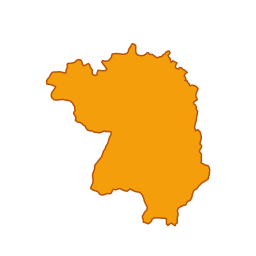 outline of Carrancas, Minas Gerais, Brazil, rotated 287°
{"feature_id": "56859067B6726149469872", "entity_name": "Carrancas", "entity_type": "district", "adm_level": 2, "iso_a3": "BRA", "parent_name": "Brazil", "parent_adm1": "Minas Gerais", "projection": "robinson", "projection_center": [-44.612, -21.476], "detail": "fine", "context": "isolated", "style": "filled", "palette": "amber", "viewbox_px": 256, "rotation_deg": 287, "n_neighbors": 0, "source": "geoboundaries", "source_scale": "gbopen_adm2", "svg_char_len": 4352}
<svg xmlns="http://www.w3.org/2000/svg" viewBox="0 0 256 256"><g transform="rotate(287 128 128)"><path d="M194.1,91.3L192.1,91.3L190.7,91.4L189.3,90.9L187.9,90.3L186.2,89.1L185.2,86.6L185.0,84.0L183.5,83.6L181.9,85.4L180.6,87.3L179.3,89.3L177.9,90.6L176.3,89.5L175.4,87.1L174.9,84.9L174.4,82.5L171.9,82.3L169.8,82.8L168.5,80.9L168.9,78.6L170.2,77.7L171.6,77.3L173.0,77.0L174.3,75.1L175.7,73.7L177.2,72.9L178.0,71.3L176.9,69.9L175.8,69.1L174.6,67.4L175.8,65.6L177.6,64.8L179.2,63.1L179.0,60.8L178.0,59.3L176.1,58.4L174.9,57.3L173.8,55.7L172.9,53.5L172.0,51.4L170.4,51.3L168.9,52.2L167.1,52.1L165.0,51.8L163.0,52.5L162.0,51.5L162.1,49.9L162.0,48.1L161.8,46.3L161.0,44.2L160.2,41.9L159.5,39.8L157.8,38.7L156.2,38.2L154.5,38.2L153.1,37.6L151.4,36.9L149.5,36.4L147.8,36.8L146.3,37.6L146.6,39.3L146.9,40.9L146.8,44.2L146.2,46.7L144.7,46.5L143.3,46.0L141.7,45.4L139.2,44.8L137.2,44.9L135.8,45.4L134.4,46.7L133.5,48.7L133.6,51.0L134.4,52.8L135.4,55.1L136.3,57.6L136.5,59.9L136.6,61.8L136.9,63.4L136.9,65.1L135.7,67.5L134.3,69.0L132.8,70.7L130.7,71.6L128.9,72.3L127.3,71.6L125.9,71.8L124.7,73.2L123.4,74.8L121.7,75.3L119.9,75.5L119.0,77.6L119.2,79.8L119.0,82.4L117.9,84.4L117.1,86.6L115.6,88.0L114.2,90.0L114.1,92.3L114.8,93.7L114.5,95.2L114.2,97.4L114.7,99.5L115.0,102.0L116.0,103.6L117.2,105.0L118.4,106.5L118.1,108.4L119.0,110.4L119.2,113.0L117.4,113.7L115.4,113.3L113.0,113.0L110.9,113.1L108.9,113.2L106.6,112.9L105.1,112.6L103.5,112.1L101.7,112.3L100.1,111.8L98.5,111.3L95.8,111.3L92.9,111.2L90.8,110.5L89.0,109.6L86.9,108.8L85.4,108.3L84.0,107.6L82.0,107.2L80.3,107.9L77.9,107.9L76.2,107.8L74.5,107.8L72.5,107.8L70.4,108.7L68.7,109.7L66.8,110.2L64.9,110.4L63.1,110.2L61.0,109.8L59.2,110.2L58.5,112.2L58.3,114.3L58.5,116.2L58.0,118.2L57.1,119.3L56.2,120.7L56.4,123.1L57.7,125.4L59.1,126.8L59.4,128.5L60.3,130.7L62.3,131.3L63.6,131.3L65.2,132.0L65.2,133.9L65.9,135.2L67.0,136.5L67.7,138.2L67.3,139.9L67.0,141.8L67.1,144.2L67.5,146.0L68.9,146.8L70.5,148.1L69.9,150.0L69.6,151.8L69.4,153.7L69.6,155.5L69.9,157.7L69.3,159.5L68.2,161.2L66.4,162.7L64.6,164.1L62.8,165.0L61.5,166.3L59.7,167.8L58.6,169.2L57.1,169.8L55.1,170.0L53.5,169.1L51.6,168.3L49.7,168.1L48.0,167.5L46.2,168.2L44.6,169.5L42.5,170.2L42.5,171.8L42.5,173.4L42.3,175.3L44.0,176.8L45.8,177.6L47.8,177.7L49.5,179.1L50.4,181.2L51.1,183.6L51.6,186.5L52.3,188.9L52.4,191.3L50.7,191.8L49.0,192.4L47.5,192.8L46.5,194.7L48.5,195.9L49.8,197.7L48.7,200.0L48.5,201.7L50.2,201.7L51.8,202.9L54.0,202.1L55.8,201.5L57.4,201.3L59.2,201.4L60.6,200.9L62.1,200.0L64.2,199.2L66.0,199.7L67.6,200.6L69.2,202.5L70.5,204.1L71.3,205.6L72.8,206.0L75.0,206.2L75.9,207.5L77.4,208.8L79.8,209.3L82.1,209.1L84.0,209.0L86.4,209.1L87.9,209.4L89.0,210.8L90.8,211.8L92.7,212.4L94.6,213.4L97.5,215.0L98.9,216.5L100.1,217.4L101.2,218.5L102.9,219.6L104.9,219.3L107.1,219.3L108.8,219.1L110.4,218.6L111.8,218.5L113.1,217.6L114.6,216.5L115.5,215.1L115.0,213.1L115.6,211.2L115.9,208.3L118.2,207.6L119.9,207.2L121.5,206.6L123.3,206.3L125.0,205.3L126.0,203.5L127.7,203.1L129.4,203.4L130.7,204.0L132.7,203.5L133.8,201.4L135.5,201.3L137.1,201.2L139.1,201.2L140.9,200.7L142.2,200.0L143.8,199.1L145.5,197.8L146.8,195.3L145.2,193.6L146.6,192.3L148.6,191.4L150.5,191.2L152.6,191.0L155.1,191.1L157.9,190.4L160.1,190.3L162.0,190.1L164.2,189.8L165.4,188.4L166.6,187.4L168.0,187.3L169.5,185.9L170.4,183.7L171.8,183.2L173.6,184.5L175.1,185.9L176.4,185.3L177.6,183.9L179.3,183.3L180.7,183.0L182.6,183.2L184.7,183.4L186.1,183.5L187.6,181.2L188.0,179.1L187.7,176.8L186.5,174.6L188.1,173.6L189.1,171.6L190.4,170.7L190.2,168.6L191.6,169.2L193.3,167.9L194.1,166.6L195.7,166.6L197.1,167.1L198.3,168.4L199.2,167.1L199.9,165.2L200.0,163.4L201.2,161.5L200.8,159.4L199.1,159.3L199.1,157.4L199.6,155.9L200.9,155.3L202.4,155.3L204.5,155.8L204.9,153.6L205.3,151.4L203.5,150.0L205.2,148.7L206.6,148.2L207.5,146.6L209.2,145.0L210.7,146.0L212.3,146.2L213.7,144.7L212.9,143.4L211.6,142.1L209.3,141.4L208.3,140.1L206.1,139.3L205.3,137.4L204.1,136.2L203.7,134.3L204.5,132.4L205.5,129.8L204.7,127.1L206.0,125.4L205.2,124.1L203.8,123.3L202.4,122.2L201.3,120.5L200.8,118.5L200.6,116.2L201.3,114.5L202.6,113.4L204.4,112.6L206.9,112.0L208.9,111.3L209.9,109.8L209.9,107.7L208.7,106.9L206.9,106.9L205.3,106.1L203.0,105.7L201.1,106.0L199.4,105.3L198.3,104.2L197.3,102.6L196.8,100.3L196.3,97.2L195.7,94.7L194.1,91.3Z" fill="#f59e0b" stroke="#b45309" stroke-width="1.5"/></g></svg>